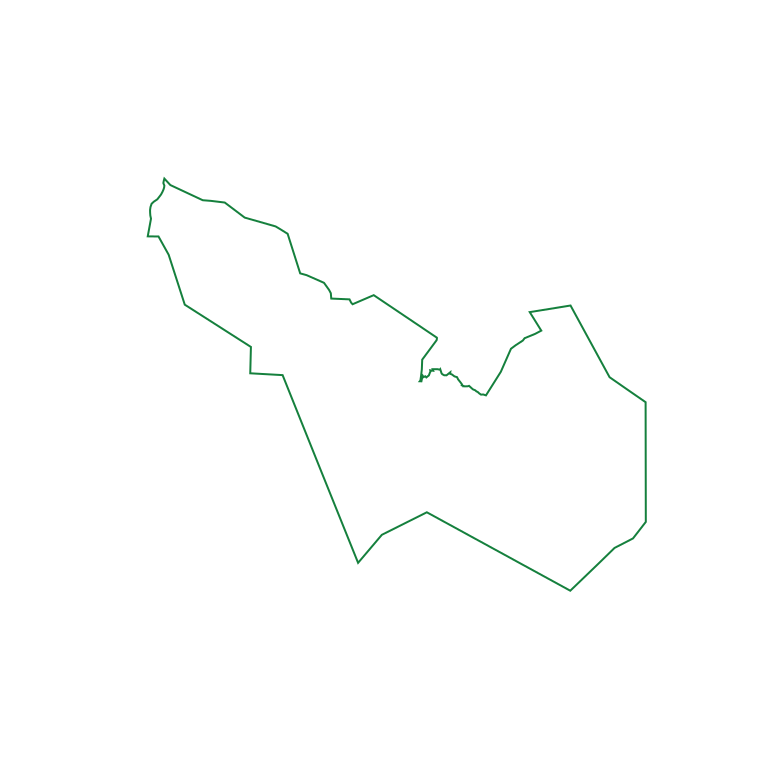 the district of Santo Domingo Roayaga, Oaxaca, Mexico, rotated 212°
{"feature_id": "50627088B4336628154898", "entity_name": "Santo Domingo Roayaga", "entity_type": "district", "adm_level": 2, "iso_a3": "MEX", "parent_name": "Mexico", "parent_adm1": "Oaxaca", "projection": "mercator", "projection_center": [-96.053, 17.333], "detail": "fine", "context": "isolated", "style": "outline", "palette": "green", "viewbox_px": 768, "rotation_deg": 212, "n_neighbors": 0, "source": "geoboundaries", "source_scale": "gbopen_adm2", "svg_char_len": 1555}
<svg xmlns="http://www.w3.org/2000/svg" viewBox="0 0 768 768"><g transform="rotate(212 384 384)"><path d="M88.9,405.8L152.5,507.2L176.1,508.3L196.3,509.3L267.4,549.4L298.5,522.2L278.9,512.6L282.4,506.6L289.0,497.4L289.3,494.4L292.9,486.6L295.0,481.2L291.4,456.3L291.5,428.4L294.3,427.7L296.1,426.4L298.3,426.5L300.3,426.9L301.7,426.7L303.3,427.0L305.7,426.6L307.1,426.8L310.9,427.5L311.6,426.6L313.2,425.5L315.5,424.1L315.7,424.5L317.4,424.1L317.7,425.0L320.2,426.0L323.6,427.2L325.7,428.5L328.3,427.8L331.4,428.1L333.3,427.7L334.0,429.1L335.6,424.5L337.6,423.3L339.8,423.2L340.9,423.6L344.2,426.4L344.3,425.7L346.5,424.9L350.6,422.3L349.3,421.3L352.0,420.1L351.1,419.3L351.2,418.5L350.5,415.1L351.6,412.0L353.1,412.4L354.1,410.8L355.3,411.4L354.4,407.9L353.7,406.1L355.1,405.3L355.0,406.3L356.9,410.6L359.7,416.5L364.5,424.9L362.6,449.0L363.1,450.4L363.7,451.3L439.8,453.9L452.9,435.0L455.0,435.6L458.1,437.5L474.0,428.5L477.2,432.8L480.5,434.7L488.5,438.0L507.3,435.3L513.7,433.4L545.3,460.3L554.4,460.3L559.4,460.2L590.3,451.3L615.2,453.5L627.8,447.6L635.1,443.8L670.6,439.5L679.1,441.8L678.4,439.5L677.6,437.5L676.3,436.5L675.5,436.0L674.7,434.4L674.1,432.3L673.7,429.6L673.5,426.6L673.7,424.3L674.1,420.5L674.8,418.9L675.8,416.7L676.6,413.7L675.8,410.3L674.6,407.6L673.1,405.3L671.5,403.1L669.2,400.7L662.6,384.0L653.4,389.6L635.1,379.5L595.0,345.7L516.5,344.9L503.1,322.2L474.7,337.8L392.8,278.0L311.2,218.6L305.9,255.0L279.7,297.9L116.5,307.4L106.9,345.5L101.6,367.2L91.0,385.0L88.9,405.8Z" fill="none" stroke="#15803d" stroke-width="2"/></g></svg>